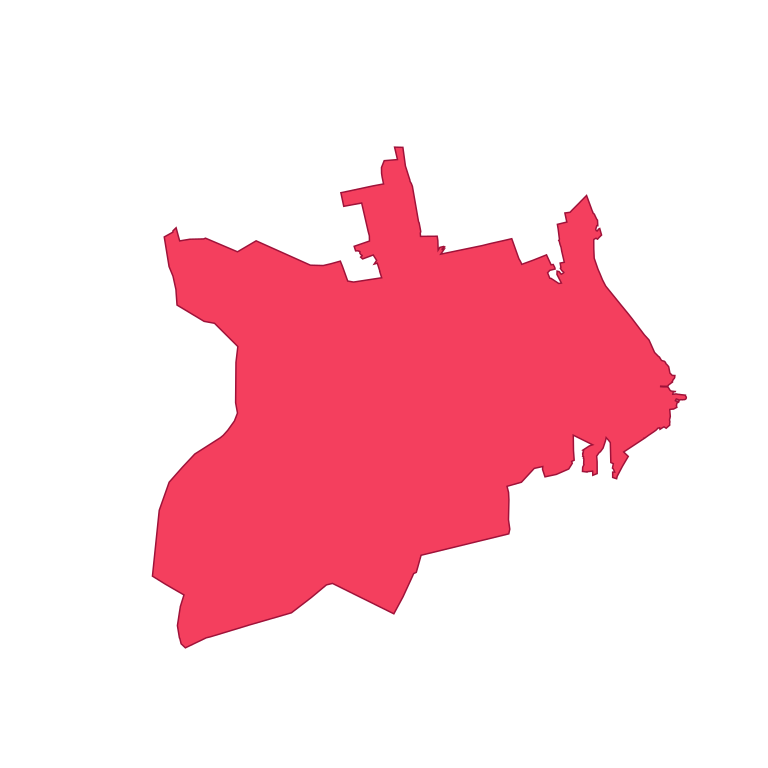 Saltillo, Coahuila, Mexico, rotated 71°
{"feature_id": "50627088B85716210154341", "entity_name": "Saltillo", "entity_type": "district", "adm_level": 2, "iso_a3": "MEX", "parent_name": "Mexico", "parent_adm1": "Coahuila", "projection": "robinson", "projection_center": [-101.093, 25.033], "detail": "fine", "context": "isolated", "style": "filled", "palette": "rose", "viewbox_px": 768, "rotation_deg": 71, "n_neighbors": 0, "source": "geoboundaries", "source_scale": "gbopen_adm2", "svg_char_len": 5810}
<svg xmlns="http://www.w3.org/2000/svg" viewBox="0 0 768 768"><g transform="rotate(71 384 384)"><path d="M501.6,119.9L501.7,119.3L501.7,119.0L501.9,118.8L501.9,118.4L501.9,118.0L501.9,117.7L501.8,117.3L501.6,116.0L501.5,115.8L501.5,115.6L501.5,115.4L501.5,115.1L501.4,114.9L501.4,114.7L499.7,114.6L499.6,114.4L499.4,114.3L499.1,114.2L498.9,114.1L497.8,113.5L497.8,113.4L497.7,113.3L497.1,112.9L497.2,112.0L497.1,111.9L497.0,111.2L496.3,110.7L495.5,112.9L495.4,112.8L495.1,113.2L494.6,113.9L494.4,113.7L493.6,112.9L493.3,112.5L494.8,110.5L495.4,109.6L495.4,109.3L495.4,109.1L495.4,108.7L495.8,107.6L495.9,107.4L496.2,106.6L496.2,106.3L496.4,105.6L496.5,105.3L496.6,105.1L496.6,104.4L496.6,104.1L496.3,103.3L496.2,103.2L495.9,103.0L495.6,102.7L495.3,102.6L495.0,102.5L494.8,102.5L494.5,102.5L493.7,102.7L493.4,102.8L493.1,102.8L492.7,102.6L492.4,103.2L491.6,104.9L490.7,106.8L489.8,108.5L489.5,109.3L489.4,109.6L489.1,109.9L488.8,110.6L488.6,110.8L488.4,111.3L488.0,113.2L487.7,114.3L485.5,113.0L485.4,112.9L486.0,111.6L486.0,111.4L486.0,111.2L485.9,111.1L485.3,112.5L485.1,112.8L485.0,113.1L484.6,113.9L484.5,114.2L484.3,114.5L484.1,114.7L484.0,114.9L483.8,115.1L483.6,115.3L483.2,115.5L482.9,115.6L482.6,115.7L482.3,115.8L481.6,115.9L480.8,116.1L480.3,116.2L480.0,116.3L479.6,116.6L479.3,116.8L479.1,117.1L478.9,117.3L478.8,117.5L478.7,117.7L478.1,119.4L477.4,121.4L476.6,123.3L476.1,123.1L477.1,120.6L477.2,120.2L477.9,118.3L478.1,117.7L478.5,116.7L478.5,116.3L478.4,116.1L478.3,115.9L477.8,115.7L477.7,115.6L477.1,113.8L477.1,113.7L476.6,112.3L476.2,110.9L476.0,111.0L475.9,111.3L475.9,111.5L475.3,110.2L474.6,109.7L473.9,109.0L473.4,108.0L473.0,107.5L472.6,107.1L470.7,106.2L469.7,108.7L466.7,110.1L463.3,109.6L460.3,109.2L457.5,110.3L456.4,110.9L455.3,110.8L453.9,111.4L452.2,113.8L451.5,114.1L448.2,114.8L447.3,115.5L442.3,117.9L428.6,119.1L422.4,121.8L404.1,127.8L398.6,129.7L385.6,134.5L363.6,142.5L356.7,143.5L350.1,143.9L345.2,144.3L333.5,144.3L324.7,141.7L316.4,138.9L315.6,138.5L315.2,136.1L316.6,135.0L316.6,134.9L315.7,133.4L314.0,129.8L307.2,129.4L307.4,130.7L308.7,132.5L308.2,133.3L306.7,133.5L303.5,131.2L303.9,130.3L298.6,128.8L297.6,129.2L293.5,129.7L292.1,129.8L291.6,130.0L290.0,130.8L289.2,130.6L287.6,130.8L285.5,130.8L271.7,131.1L275.0,137.8L276.5,140.7L281.0,149.9L282.2,152.1L281.2,157.3L289.2,158.3L290.4,158.4L289.5,168.1L294.3,168.9L304.2,171.0L304.7,171.4L305.2,172.1L306.0,171.8L308.2,172.0L309.1,172.1L312.5,172.1L316.1,172.7L327.6,173.9L327.0,178.1L331.4,178.8L332.0,179.6L334.7,178.9L337.0,177.6L337.3,177.9L337.6,178.9L337.7,179.3L337.8,179.8L337.9,180.7L334.7,181.9L333.6,183.6L336.7,184.8L346.3,183.4L345.9,186.0L338.5,191.7L338.0,192.8L332.1,193.1L330.5,190.2L331.0,184.8L329.5,184.6L326.1,185.1L325.7,187.2L314.8,188.3L315.5,202.8L315.7,214.8L313.7,214.9L311.3,215.3L310.0,215.6L308.0,215.7L288.2,215.9L287.3,224.6L285.8,238.0L285.1,246.0L285.0,246.8L279.7,288.0L277.3,284.8L276.0,283.1L275.6,285.8L274.2,282.0L273.4,282.7L273.0,286.7L275.0,289.2L265.9,286.4L261.6,285.6L256.3,301.4L253.2,300.6L252.0,299.7L251.1,299.5L247.8,299.0L242.9,298.3L241.8,298.5L206.4,292.8L203.2,292.9L201.0,293.4L199.2,293.1L197.7,293.1L186.7,292.8L185.0,292.8L166.4,289.1L163.5,296.9L176.2,298.2L172.9,311.1L178.5,315.9L184.0,317.7L187.8,318.4L194.7,319.3L193.1,330.0L189.1,362.5L202.9,364.2L205.6,346.2L234.7,349.3L239.1,349.6L244.1,351.2L244.1,367.4L248.9,367.5L249.6,365.2L250.6,364.2L250.6,363.9L250.9,363.7L251.0,363.7L251.4,363.7L251.6,363.8L252.2,364.2L252.7,364.2L254.2,363.7L254.7,363.2L255.0,363.0L255.6,362.9L256.4,364.8L258.8,363.5L258.5,352.2L264.7,350.7L267.4,354.2L267.6,351.0L276.0,351.2L276.1,351.4L282.8,351.6L277.7,379.6L274.8,384.8L259.3,385.0L257.3,385.1L253.6,385.3L253.0,395.2L252.2,402.9L247.7,414.9L207.0,458.3L211.3,479.5L188.0,505.3L188.1,507.3L183.9,520.5L182.8,526.9L182.2,530.6L176.8,530.3L168.6,529.7L170.4,533.6L171.7,534.2L173.4,543.9L203.0,549.0L213.4,548.4L227.1,550.0L230.3,550.9L242.0,554.0L266.2,533.7L271.4,524.5L301.0,510.0L315.3,516.9L353.4,530.4L363.8,532.0L370.3,537.5L376.9,546.8L380.2,552.7L381.5,556.2L388.6,585.7L397.0,601.6L406.9,619.1L430.2,637.6L439.0,641.7L490.3,665.5L502.2,655.8L509.6,649.4L518.3,641.8L527.7,648.7L527.9,648.9L529.1,649.5L532.8,651.5L539.5,655.0L545.2,658.0L557.5,660.1L558.0,659.9L563.6,660.4L568.8,657.7L566.1,634.7L566.5,630.6L568.0,590.1L570.2,546.0L562.2,522.2L555.2,503.8L555.8,497.6L570.1,483.5L604.5,449.5L591.4,435.3L575.0,419.6L574.3,419.0L572.9,417.7L572.6,414.8L567.3,411.1L558.0,404.7L566.3,314.8L562.2,312.3L552.9,310.5L534.2,303.6L527.0,301.5L520.8,301.0L521.6,286.0L512.7,269.4L513.7,260.8L516.4,261.9L524.2,262.0L525.6,250.5L524.5,237.0L520.3,231.8L518.3,231.8L518.0,229.0L508.6,226.5L494.0,221.7L509.4,206.5L509.4,210.0L511.3,217.6L511.6,217.3L512.1,217.0L513.1,217.9L513.6,217.9L513.8,218.3L514.6,218.5L514.5,218.8L515.8,219.2L517.1,219.2L517.2,219.5L517.8,219.0L519.4,219.7L519.9,219.4L524.7,221.3L524.9,221.1L525.2,221.1L525.5,221.3L527.3,223.2L531.3,224.8L533.3,220.8L533.0,220.7L534.3,215.1L538.3,216.3L538.1,211.6L526.9,207.8L521.4,206.4L518.7,202.6L518.6,201.6L515.9,197.7L510.0,193.2L507.0,191.4L510.3,190.0L513.1,189.1L532.1,195.1L534.0,193.1L537.9,195.4L539.1,194.8L542.4,194.6L541.8,196.5L546.8,198.2L548.2,196.4L549.3,194.9L547.1,193.5L539.4,185.3L532.0,176.6L526.3,179.5L520.6,157.3L520.0,155.0L519.9,155.1L519.9,154.8L519.3,152.7L519.0,151.6L518.9,151.5L517.0,144.4L516.8,143.8L516.2,141.8L516.1,141.6L514.9,139.3L515.0,138.9L515.1,137.6L515.8,137.7L516.7,137.8L515.9,134.6L515.7,133.2L517.7,131.6L515.9,127.2L514.8,126.9L514.4,126.8L513.4,126.3L512.9,126.0L512.2,125.9L511.4,125.8L510.0,125.3L509.5,124.8L509.1,124.5L508.8,124.5L508.2,124.1L508.0,123.9L502.5,122.5L501.6,122.3L501.1,122.1L501.3,121.0L501.4,120.5L501.6,119.9Z" fill="#f43f5e" stroke="#9f1239" stroke-width="1.5"/></g></svg>